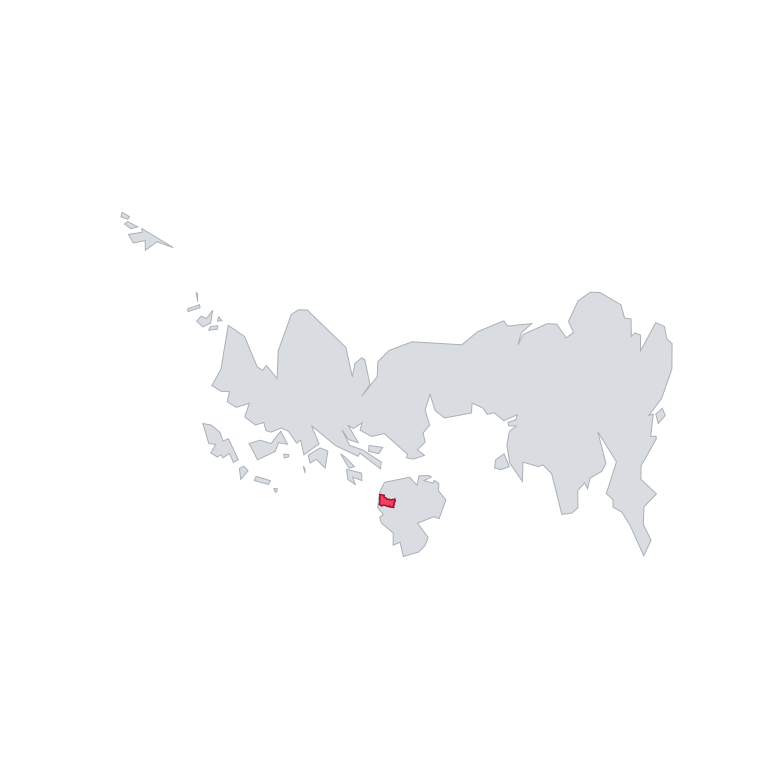 location of Coleraine within United Kingdom, rotated 289°
{"feature_id": "GBR-2100", "entity_name": "Coleraine", "entity_type": "District", "adm_level": 1, "iso_a3": "GBR", "parent_name": "United Kingdom", "parent_adm1": "", "projection": "mercator", "projection_center": [-6.661, 55.068], "detail": "fine", "context": "in_parent", "style": "filled", "palette": "rose", "viewbox_px": 768, "rotation_deg": 289, "n_neighbors": 0, "source": "natural_earth", "source_scale": "10m", "svg_char_len": 4479}
<svg xmlns="http://www.w3.org/2000/svg" viewBox="0 0 768 768"><g transform="rotate(289 384 384)"><path d="M408.3,601.8L381.1,619.7L372.5,618.5L362.1,609.4L351.2,610.6L355.8,605.9L346.4,601.8L330.0,607.7L323.0,603.6L318.6,594.6L353.9,571.6L359.3,560.4L356.1,557.0L355.4,540.8L337.0,546.6L350.1,528.7L366.1,520.1L380.0,518.0L387.3,522.6L385.1,515.5L388.3,513.8L392.9,520.2L398.3,520.0L388.3,509.2L392.7,497.4L388.9,491.5L393.5,485.2L394.6,473.5L385.1,476.1L371.6,452.4L375.6,440.9L389.2,431.0L372.9,431.3L360.0,440.5L350.6,436.9L342.2,441.8L332.7,436.9L329.8,445.5L322.6,436.3L321.5,429.2L325.2,429.1L337.2,400.5L330.4,389.4L332.5,376.4L340.1,375.9L331.9,369.5L333.3,363.4L320.1,378.7L319.9,368.7L327.0,359.2L314.8,371.4L314.7,385.4L309.3,406.8L302.6,408.3L310.9,383.6L307.2,383.0L310.0,358.2L321.0,329.0L306.2,342.1L291.0,331.3L303.8,323.5L299.6,320.6L308.2,309.0L309.1,301.4L301.7,292.8L301.5,287.5L308.5,282.9L303.3,275.7L307.6,263.0L321.9,263.0L313.8,251.8L316.2,241.6L326.7,240.2L324.1,232.8L326.4,221.8L344.9,225.0L388.7,217.6L383.6,236.6L359.0,258.4L357.5,264.8L363.2,266.8L354.4,281.1L381.0,273.2L419.7,273.7L426.3,279.0L429.0,287.2L406.2,336.0L380.5,351.7L394.0,349.8L401.4,354.3L400.7,358.0L378.9,370.9L365.3,367.0L388.8,375.2L403.1,370.9L417.4,377.9L433.0,396.7L446.4,444.8L464.2,455.7L482.8,476.7L479.0,481.9L489.2,504.0L476.9,497.2L464.6,497.9L476.2,499.6L494.1,518.6L496.8,527.9L487.0,541.3L494.4,546.4L503.2,538.1L525.8,540.4L538.1,549.3L540.8,558.5L536.0,582.3L524.6,590.0L525.9,596.4L509.4,602.4L514.0,604.4L513.8,610.5L499.0,615.8L530.4,621.0L529.8,630.2L518.6,637.0L516.0,643.2L492.0,651.3L460.6,651.2L440.6,644.6L443.2,648.4L421.1,653.2L423.3,658.1L420.9,659.3L390.4,653.7L377.5,657.9L368.8,677.4L352.5,669.8L335.6,674.9L323.2,687.4L306.2,685.5L330.3,662.8L340.2,650.7L342.1,640.6L349.2,638.1L352.7,629.9L386.1,629.1L408.3,601.8ZM294.6,480.3L274.6,479.9L274.7,474.2L263.3,461.0L253.2,475.8L244.3,475.3L236.4,471.4L227.2,458.5L239.6,450.7L234.6,445.1L246.1,441.2L251.6,426.9L256.6,423.3L260.3,425.8L265.2,418.3L280.2,415.1L291.1,416.4L304.2,438.5L299.1,448.2L308.5,447.0L312.0,455.9L311.6,459.1L305.7,453.2L306.1,462.4L309.2,462.9L307.7,468.3L300.7,470.3L294.6,480.3ZM288.9,234.1L284.9,244.6L277.6,250.4L281.7,254.7L264.9,270.9L260.9,267.1L268.0,260.5L261.7,255.8L264.0,252.9L260.7,250.2L262.6,242.6L272.2,244.6L270.6,237.8L287.7,225.6L288.9,234.1ZM290.6,285.4L290.9,296.6L305.7,301.7L295.6,312.4L294.1,303.2L285.0,303.2L271.1,289.1L283.9,275.8L290.6,285.4ZM442.3,93.7L448.8,106.1L452.1,104.4L444.3,140.4L444.6,123.0L432.7,114.8L441.9,111.5L435.7,101.1L442.3,93.7ZM302.3,352.8L285.3,355.7L290.8,344.4L285.1,339.9L292.0,335.5L302.8,344.4L302.3,352.8ZM348.7,514.3L357.1,520.2L346.8,529.3L341.1,522.6L340.6,515.9L348.7,514.3ZM291.1,376.4L292.4,391.8L285.5,394.6L285.7,384.8L279.6,389.5L282.1,380.7L291.1,376.4ZM388.7,189.1L388.1,194.9L397.9,198.0L385.1,200.2L379.1,194.1L382.5,186.4L388.7,189.1ZM323.6,403.5L316.4,401.7L315.2,391.3L321.1,389.9L323.6,403.5ZM451.7,655.0L445.8,660.1L435.9,656.2L443.9,650.8L451.7,655.0ZM296.2,382.9L292.9,378.5L303.9,365.7L301.7,372.1L296.2,382.9ZM257.0,274.8L260.6,278.2L257.7,283.7L247.2,279.6L257.0,274.8ZM255.6,308.2L251.4,307.4L250.5,292.7L255.0,293.2L255.6,308.2ZM452.4,99.9L448.5,94.1L450.8,86.6L454.1,88.8L452.4,99.9ZM398.9,183.7L396.2,185.2L388.7,175.2L391.1,173.8L398.9,183.7ZM385.1,207.9L381.5,208.6L377.8,200.8L381.7,201.1L385.1,207.9ZM461.0,80.6L459.3,88.9L456.3,88.0L456.5,80.7L461.0,80.6ZM408.4,178.5L401.1,181.0L409.2,176.8L408.4,178.5ZM286.4,317.0L284.2,317.6L281.5,313.9L285.0,312.0L286.4,317.0ZM393.7,205.8L391.1,210.2L389.2,206.1L393.7,205.8ZM278.4,336.6L274.0,338.5L279.9,334.4L278.4,336.6ZM250.3,317.0L247.5,317.8L246.3,316.6L249.1,313.9L250.3,317.0Z" fill="#d9dde1" stroke="#a8b0b8" stroke-width="1"/><path d="M268.6,418.7L271.3,418.6L274.9,416.9L277.1,416.7L277.6,416.3L277.9,416.0L278.0,416.2L278.4,416.7L278.3,417.4L278.6,418.0L278.5,419.3L278.9,420.2L278.8,420.5L278.0,420.5L277.1,421.2L276.9,423.0L276.6,423.5L275.8,424.2L276.4,425.1L276.7,426.2L276.7,426.8L276.4,427.3L276.8,428.7L277.7,429.7L277.7,430.7L277.9,431.0L278.7,431.5L278.2,431.7L278.0,432.4L277.5,432.6L276.7,432.8L274.9,432.1L274.4,432.7L273.2,433.1L272.7,432.5L271.8,432.4L270.8,433.4L270.4,433.4L270.0,430.8L269.6,430.2L269.7,429.6L270.5,428.9L269.7,428.5L269.5,428.0L269.5,426.2L269.6,424.5L269.2,422.8L267.9,421.5L268.3,420.8L268.2,420.3L268.6,419.8L268.6,419.2L268.6,418.7Z" fill="#f43f5e" stroke="#9f1239" stroke-width="1.5"/></g></svg>